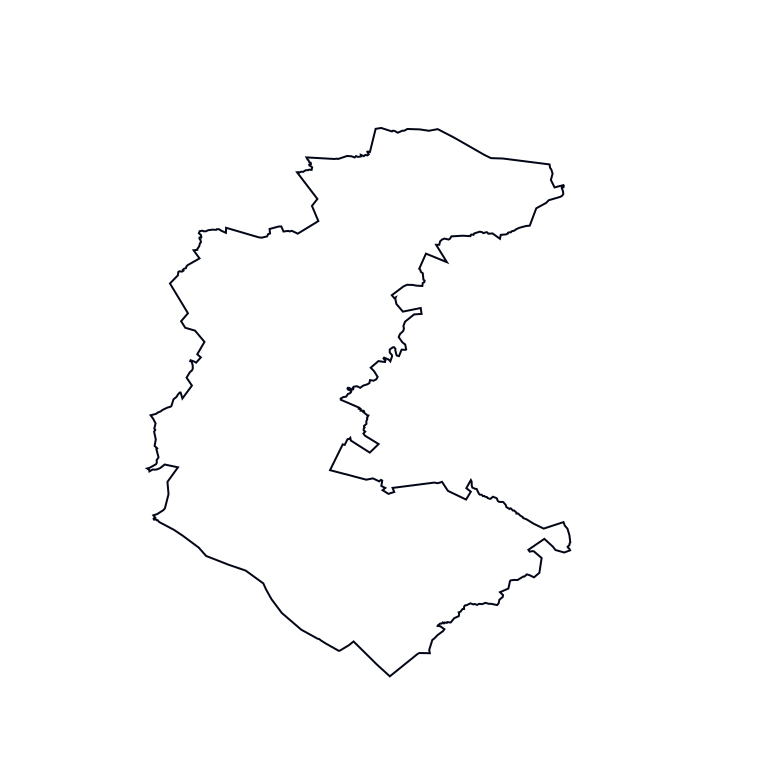 outline of Santa María del Río, San Luis Potosí, Mexico, rotated 293°
{"feature_id": "50627088B88756295240555", "entity_name": "Santa María del Río", "entity_type": "district", "adm_level": 2, "iso_a3": "MEX", "parent_name": "Mexico", "parent_adm1": "San Luis Potosí", "projection": "equal_earth", "projection_center": [-100.523, 21.735], "detail": "fine", "context": "isolated", "style": "outline", "palette": "ink", "viewbox_px": 768, "rotation_deg": 293, "n_neighbors": 0, "source": "geoboundaries", "source_scale": "gbopen_adm2", "svg_char_len": 6166}
<svg xmlns="http://www.w3.org/2000/svg" viewBox="0 0 768 768"><g transform="rotate(293 384 384)"><path d="M117.2,503.6L148.7,520.4L150.2,521.7L154.1,531.4L156.9,529.5L167.3,528.5L169.5,529.8L173.8,531.4L179.7,534.9L181.9,535.4L183.0,530.4L182.2,527.9L182.6,527.8L185.4,529.3L186.0,530.7L187.5,531.3L187.1,532.7L188.1,533.0L188.7,535.2L189.6,535.3L190.3,538.1L190.8,538.7L195.8,540.1L199.5,543.5L201.6,543.1L202.9,542.0L204.3,543.4L207.5,544.2L208.2,545.6L210.4,544.7L211.9,545.1L212.5,546.3L215.9,549.3L216.0,552.3L216.9,553.4L217.1,556.1L218.9,557.6L219.6,560.2L222.2,562.9L222.6,566.4L223.5,568.4L224.7,574.5L226.9,575.2L230.6,574.5L234.2,576.5L236.2,576.1L237.7,572.1L244.3,578.4L251.8,577.0L252.7,577.3L254.5,580.3L255.7,583.5L261.3,587.5L261.6,588.5L264.6,589.9L264.9,592.9L264.6,597.6L270.9,600.8L285.4,597.1L288.5,587.4L288.1,585.8L286.6,583.6L287.8,581.7L304.1,592.1L300.3,602.9L298.2,606.7L299.3,615.7L303.6,620.3L304.9,618.8L305.2,617.5L305.9,616.6L308.2,617.6L310.0,617.1L310.9,617.4L317.2,613.8L322.5,609.4L324.3,605.7L327.0,603.2L313.3,587.5L313.9,576.1L315.1,568.3L315.0,564.4L315.7,563.7L316.2,560.5L317.1,558.4L316.6,556.6L317.2,556.6L318.4,553.1L317.9,552.1L319.0,549.5L318.9,548.8L318.0,548.3L318.5,544.8L320.3,543.2L321.7,540.3L321.9,539.5L320.5,536.2L320.8,534.4L322.7,532.7L322.9,531.7L322.8,528.3L320.0,527.0L319.6,525.8L319.5,523.9L320.1,523.0L319.8,520.9L320.1,519.9L319.4,518.9L320.2,517.2L319.6,515.4L320.1,514.2L323.6,510.2L323.1,508.7L323.2,505.8L324.7,504.5L328.4,502.8L329.5,501.5L320.3,500.5L318.8,506.0L309.7,504.7L310.6,484.6L316.6,475.6L313.7,472.3L312.9,468.8L291.7,432.5L288.6,435.6L284.6,431.0L285.7,424.2L288.8,425.8L289.1,421.4L294.4,420.1L294.5,418.6L292.5,417.6L292.8,410.7L289.0,405.1L283.6,368.0L312.3,369.6L312.6,371.6L319.0,372.0L319.7,373.4L321.3,374.0L319.0,375.6L315.3,397.7L326.6,402.5L329.0,386.6L330.4,384.4L332.8,385.3L333.4,383.4L334.9,382.8L336.4,383.1L336.6,382.5L337.7,382.0L340.4,383.4L342.8,382.3L345.3,382.3L346.2,381.6L348.9,381.9L348.7,380.8L349.9,376.8L350.1,377.2L350.1,376.1L350.3,375.7L351.1,376.2L351.4,375.7L350.5,373.3L351.0,373.4L351.3,371.0L352.1,371.7L352.5,370.4L352.6,350.4L353.6,349.8L356.0,351.6L357.6,354.1L360.7,354.7L362.1,356.2L363.6,356.8L364.8,356.7L364.9,352.8L365.7,352.1L366.5,352.3L366.8,353.9L366.3,355.0L367.1,357.7L368.1,357.5L368.5,356.8L369.7,357.2L371.4,360.0L371.2,363.6L374.4,365.5L377.3,368.9L379.2,370.2L382.1,369.6L382.9,373.0L385.2,375.0L388.0,375.4L391.9,369.9L393.8,365.4L402.9,369.9L404.6,376.3L406.2,376.1L407.3,373.6L408.3,373.8L408.3,378.9L407.3,381.0L412.7,380.6L413.8,379.9L415.2,377.0L418.0,375.8L421.1,377.7L421.8,378.8L420.9,380.7L419.7,381.1L415.7,384.0L415.2,385.0L415.5,386.9L422.5,386.8L423.9,390.6L424.5,390.9L428.6,388.1L429.6,384.5L432.9,379.2L436.2,379.2L440.4,381.0L443.1,380.6L444.9,379.2L449.6,379.0L459.8,384.5L463.2,391.2L468.3,388.1L458.0,373.1L462.5,364.1L467.2,360.9L468.2,360.9L467.0,360.0L468.8,356.5L481.3,363.7L484.3,366.4L486.5,372.0L487.1,375.1L489.2,381.0L492.2,380.2L493.5,381.3L495.0,381.0L495.5,379.5L501.1,376.4L501.6,374.1L503.4,372.7L503.8,371.4L520.4,371.7L520.7,394.3L532.5,377.6L533.8,380.5L537.1,379.9L539.7,381.0L541.5,382.9L542.2,387.0L543.6,388.0L546.2,388.3L551.2,398.4L553.9,405.8L555.3,405.6L556.0,406.7L556.3,408.1L557.8,408.2L561.6,412.6L562.1,415.0L561.7,416.5L563.7,418.9L563.9,419.8L563.1,421.3L565.0,425.1L563.0,434.0L566.9,433.2L569.4,437.9L570.9,439.2L571.5,439.0L572.3,439.6L573.2,441.5L574.5,441.9L576.1,444.0L578.1,445.2L580.8,447.7L585.0,453.1L586.7,456.3L605.2,455.5L614.1,462.5L617.6,463.9L625.2,473.2L627.0,474.5L628.9,474.8L631.3,473.5L634.0,470.9L634.5,470.9L635.2,472.3L636.6,472.1L637.2,471.4L631.6,464.2L637.0,457.9L643.5,457.0L647.0,454.0L647.9,452.4L650.8,450.6L638.0,405.3L633.7,394.2L634.1,386.8L638.2,352.1L639.6,333.9L634.6,326.3L632.4,317.6L627.9,305.9L625.0,303.6L624.4,302.0L620.7,298.5L621.1,294.7L620.6,293.2L619.6,292.6L618.6,281.4L615.6,276.6L592.0,280.4L591.7,278.3L591.2,277.9L589.4,280.2L588.0,279.4L587.6,277.3L585.8,276.4L585.9,273.1L584.5,273.9L582.9,271.4L582.8,269.2L581.1,268.5L580.9,265.1L579.5,261.0L573.1,253.7L573.1,252.7L571.7,250.3L562.3,224.1L560.7,226.0L560.5,227.0L558.8,228.8L559.1,229.9L558.7,230.4L557.9,230.8L556.6,229.5L555.9,230.2L556.0,231.2L555.4,233.2L552.8,233.7L552.2,231.6L551.2,230.6L550.2,228.4L547.7,226.7L547.1,224.9L545.6,223.5L545.7,222.7L544.9,221.2L528.3,250.4L519.8,248.1L508.3,259.9L488.7,245.9L489.0,239.3L487.6,237.6L487.5,236.0L485.1,231.9L488.9,227.9L487.8,225.5L482.0,218.1L478.0,220.3L476.7,218.8L474.2,218.7L471.0,214.4L470.1,211.6L466.1,177.6L461.4,179.4L461.5,174.4L462.0,171.8L461.3,169.8L460.4,169.4L459.0,165.7L456.9,162.1L455.0,160.4L454.2,158.6L454.1,156.8L452.6,154.6L450.4,154.7L449.6,157.3L447.8,158.5L447.3,158.5L446.8,157.0L446.2,157.0L445.1,158.1L444.9,158.9L442.8,160.1L441.5,159.6L438.6,160.1L435.3,159.4L434.5,159.7L432.7,156.5L427.5,165.1L416.8,156.9L415.2,156.2L413.2,156.4L412.0,154.9L410.5,154.3L410.0,155.1L408.5,154.1L407.8,151.6L406.7,150.9L403.5,151.8L392.9,147.7L372.5,175.9L362.5,172.7L358.1,179.1L359.3,189.2L352.6,202.3L338.4,200.5L336.9,205.0L330.2,202.7L330.5,200.6L330.3,196.7L329.3,196.7L329.4,198.2L326.3,200.7L323.3,202.0L321.4,201.9L319.1,200.7L312.7,199.8L307.5,207.8L291.9,204.1L296.7,200.1L296.5,199.5L294.3,198.5L291.0,198.0L287.7,196.2L280.7,196.9L279.8,196.5L277.6,193.8L273.4,190.1L271.6,189.2L269.3,186.9L267.5,185.9L264.0,181.4L261.8,185.1L258.5,189.1L253.2,190.0L252.4,191.4L250.3,191.0L243.8,195.6L237.4,197.0L236.1,200.4L235.1,199.9L228.4,205.1L225.0,204.5L222.9,205.6L221.1,205.5L215.2,200.9L213.7,199.0L213.3,201.3L211.9,202.2L214.9,204.5L215.7,206.8L217.0,208.8L219.2,210.8L224.2,213.6L226.8,226.9L209.3,222.9L198.4,228.7L184.0,230.9L181.7,230.2L175.7,226.1L173.0,223.0L171.7,225.5L169.9,224.6L169.3,225.3L169.7,226.0L170.1,225.6L170.4,226.8L169.8,228.0L170.2,228.7L169.1,231.0L167.7,247.5L165.7,258.1L161.0,277.5L156.2,287.4L156.9,311.6L158.2,329.6L153.3,350.8L148.7,355.8L141.9,364.6L133.3,379.4L125.5,403.9L123.6,422.4L123.9,424.2L123.3,426.1L122.4,431.6L120.7,446.6L121.4,447.6L129.8,453.7L135.1,456.6L123.0,487.0L117.2,503.6Z" fill="none" stroke="#020617" stroke-width="2"/></g></svg>